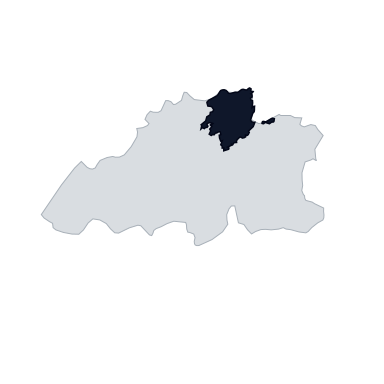 Limburg highlighted on a map of Belgium, rotated 330°
{"feature_id": "BEL-3", "entity_name": "Limburg", "entity_type": "Province", "adm_level": 1, "iso_a3": "BEL", "parent_name": "Belgium", "parent_adm1": "", "projection": "robinson", "projection_center": [5.471, 50.993], "detail": "fine", "context": "in_parent", "style": "filled", "palette": "ink", "viewbox_px": 384, "rotation_deg": 330, "n_neighbors": 0, "source": "natural_earth", "source_scale": "10m", "svg_char_len": 3925}
<svg xmlns="http://www.w3.org/2000/svg" viewBox="0 0 384 384"><g transform="rotate(330 192 192)"><path d="M175.9,109.4L181.6,111.7L186.7,112.2L189.0,111.2L187.6,105.6L191.7,102.6L196.3,101.2L198.4,103.6L202.6,106.1L205.9,106.1L214.9,99.7L217.0,100.9L218.9,103.2L219.3,105.1L219.7,107.0L221.7,107.8L228.7,107.4L232.3,103.9L235.1,101.7L237.2,103.2L238.2,107.5L240.2,113.1L248.6,119.4L255.7,121.1L264.5,119.9L267.9,118.8L270.3,119.7L272.6,123.0L277.7,126.8L288.2,129.5L291.5,131.0L293.8,133.6L293.1,137.2L288.1,146.3L287.4,149.0L288.1,149.9L287.1,151.5L280.5,157.6L279.9,159.8L282.1,163.2L284.0,166.1L287.9,167.5L291.6,168.0L298.7,168.2L306.2,168.4L307.1,170.1L315.5,175.0L318.1,178.9L324.1,182.7L319.2,187.4L319.9,189.5L321.7,191.7L328.6,193.0L332.0,196.1L332.2,200.9L333.8,208.7L319.8,216.4L315.8,225.1L315.5,226.8L315.0,226.5L313.4,223.7L310.9,223.7L305.0,222.5L296.9,230.3L293.3,236.8L291.1,241.7L287.8,245.6L287.2,249.8L287.6,251.5L286.5,253.8L286.4,256.2L291.1,260.9L292.3,263.4L298.0,271.7L296.2,274.7L294.8,277.9L293.2,280.3L291.3,281.7L285.4,281.6L277.9,282.7L272.8,284.3L270.2,284.3L264.8,280.2L258.7,274.0L254.9,271.1L253.2,268.5L248.4,267.4L241.7,264.4L237.0,261.1L232.9,259.0L227.3,258.0L222.6,258.1L221.2,252.5L220.7,246.1L216.8,241.9L222.1,225.4L219.0,223.8L215.6,225.1L210.7,229.0L208.3,233.7L206.9,237.8L198.6,241.8L185.5,243.2L171.2,241.8L169.2,240.7L168.3,239.5L168.3,238.0L169.3,235.8L171.8,233.1L172.5,229.3L169.9,226.0L168.3,224.7L168.9,221.5L170.9,217.4L171.3,215.2L161.6,208.2L154.6,206.9L147.8,206.6L142.7,205.8L139.7,206.2L137.5,208.2L135.3,209.6L133.7,207.9L130.8,195.6L128.5,193.7L119.8,191.7L107.9,190.9L104.7,188.7L103.0,183.2L102.0,176.5L98.2,170.1L96.2,168.5L92.7,165.7L86.5,166.9L79.0,170.6L74.5,171.6L72.9,172.0L67.0,168.4L60.4,162.7L55.2,156.8L53.9,153.4L55.6,149.4L53.7,146.3L50.9,140.6L50.2,136.2L82.5,120.6L102.2,112.6L111.4,110.2L113.5,118.2L115.2,120.8L117.3,122.4L120.2,122.8L123.6,120.8L128.2,118.7L135.7,119.7L141.1,121.6L143.1,123.6L146.6,125.5L151.9,126.0L162.1,122.3L171.9,116.7L174.8,112.9L175.9,109.4Z" fill="#d9dde1" stroke="#a8b0b8" stroke-width="1"/><path d="M273.4,125.1L274.7,126.0L278.9,127.0L279.9,127.5L280.6,128.2L281.4,128.6L282.6,128.6L285.7,128.1L286.7,128.2L287.9,128.8L289.4,130.4L290.4,131.1L292.6,130.6L293.9,130.7L294.6,131.9L294.7,132.4L293.7,133.2L293.5,134.2L295.2,135.6L294.5,136.0L293.7,136.2L292.9,136.3L292.1,136.3L292.3,136.9L292.4,137.2L292.6,137.6L292.1,138.9L291.7,139.5L291.1,140.1L290.3,139.6L289.7,139.8L289.3,140.7L289.1,142.0L290.1,143.1L289.0,145.3L286.1,149.0L287.7,148.7L288.4,148.7L289.1,149.0L288.3,150.1L287.0,152.3L286.1,153.4L285.7,153.7L284.9,153.9L284.0,154.2L278.7,158.9L278.8,161.0L280.0,162.4L281.3,163.1L277.7,166.0L271.3,167.5L271.4,169.0L269.4,170.4L268.2,170.6L266.8,169.4L266.2,171.0L264.5,171.1L262.6,170.5L261.6,168.7L260.6,168.4L257.2,169.3L255.8,170.3L255.4,171.4L253.0,170.3L250.7,171.5L250.1,170.5L249.6,171.3L245.2,170.9L246.0,172.4L245.1,173.3L240.1,172.2L241.6,169.7L240.1,169.1L241.1,167.2L240.5,165.5L243.9,162.7L242.3,162.3L242.8,159.1L244.0,156.4L245.5,156.8L245.8,156.5L246.5,153.9L245.4,153.2L242.8,153.2L242.5,152.4L239.7,153.5L238.5,152.4L237.2,152.8L236.8,152.5L235.8,150.5L238.8,148.4L238.8,146.4L241.9,145.3L241.4,143.1L242.2,142.9L242.6,143.7L244.4,143.1L242.4,141.0L240.8,140.4L238.7,140.6L238.7,143.0L237.4,143.6L235.9,142.9L234.4,143.3L233.2,141.5L231.3,141.9L233.5,139.5L233.5,138.3L239.4,137.3L242.4,134.3L246.1,134.2L247.7,132.2L250.1,132.8L252.0,131.5L251.7,127.8L248.7,125.5L249.6,122.0L250.4,121.4L252.7,120.9L261.5,121.2L263.0,120.8L266.1,119.1L267.5,118.5L269.1,118.7L270.9,119.5L272.2,120.9L272.8,122.7L273.0,124.8L273.4,125.1ZM288.3,166.3L289.1,166.5L290.6,167.8L291.3,168.2L297.7,168.1L298.6,168.3L300.0,169.7L298.3,171.8L297.6,172.1L295.8,171.3L293.2,171.6L290.1,168.3L288.2,168.7L287.0,167.8L286.9,167.6L287.7,166.7L288.3,166.3Z" fill="#0f172a" stroke="#020617" stroke-width="1.5"/></g></svg>